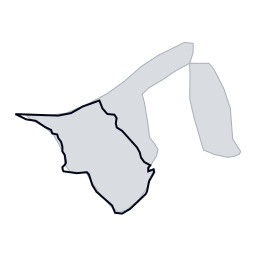 where Belait sits in Brunei
{"feature_id": "BRN-1181", "entity_name": "Belait", "entity_type": "District", "adm_level": 1, "iso_a3": "BRN", "parent_name": "Brunei", "parent_adm1": "", "projection": "orthographic", "projection_center": [114.479, 4.349], "detail": "coarse", "context": "in_parent", "style": "outline", "palette": "ink", "viewbox_px": 256, "rotation_deg": 0, "n_neighbors": 0, "source": "natural_earth", "source_scale": "10m", "svg_char_len": 1402}
<svg xmlns="http://www.w3.org/2000/svg" viewBox="0 0 256 256"><path d="M189.7,63.3L175.8,70.7L162.2,80.0L148.6,88.0L142.2,94.2L144.5,103.0L147.7,122.3L149.6,137.5L154.4,143.4L158.1,149.5L156.5,156.1L148.5,168.6L153.1,171.1L147.2,187.7L138.6,200.0L126.5,210.0L118.8,212.3L112.6,208.1L102.4,197.1L91.4,181.8L86.2,172.9L70.3,171.7L64.7,164.7L64.3,156.1L59.8,145.9L53.6,135.1L44.2,126.7L31.7,120.2L26.4,115.5L45.7,115.8L66.3,113.1L87.6,104.0L108.0,93.1L125.1,80.6L141.2,66.5L158.1,55.4L184.3,42.4L193.2,43.4L193.1,52.6L189.7,63.3ZM208.9,63.3L213.7,68.9L223.8,88.6L230.4,108.5L232.6,138.7L240.6,151.5L239.4,154.2L234.5,156.3L227.1,157.3L214.2,154.4L203.4,149.9L193.9,117.2L189.7,98.7L190.0,76.7L189.7,63.3L208.9,63.3Z" fill="#d9dde1" stroke="#a8b0b8" stroke-width="1"/><path d="M76.7,173.2L63.5,171.3L62.7,169.8L62.4,167.2L65.3,164.2L65.9,162.5L64.7,154.9L62.4,151.4L62.4,146.7L61.1,141.9L58.3,138.1L57.2,134.5L52.3,133.4L51.0,129.9L44.9,127.0L35.7,120.8L26.4,119.4L15.4,114.1L58.3,115.6L71.0,113.1L82.7,106.5L99.4,100.5L102.5,108.5L107.3,114.0L114.4,114.7L116.6,118.1L115.8,123.3L116.8,127.5L122.1,130.8L137.0,147.4L139.7,152.3L141.0,157.5L144.2,162.0L150.3,165.3L148.2,167.9L148.3,171.4L153.6,169.3L154.2,172.2L149.1,181.1L147.0,191.5L145.7,194.0L130.1,208.9L122.1,213.6L115.1,212.8L112.1,205.5L96.5,191.8L92.4,185.2L88.9,174.4L86.8,172.2L76.7,173.2Z" fill="none" stroke="#020617" stroke-width="2"/></svg>